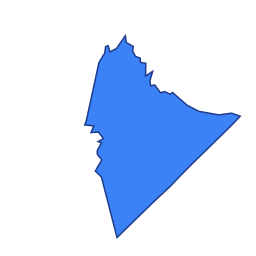 McCreary, Kentucky, United States of America, rotated 314°
{"feature_id": "52423323B49064282792865", "entity_name": "McCreary", "entity_type": "district", "adm_level": 2, "iso_a3": "USA", "parent_name": "United States of America", "parent_adm1": "Kentucky", "projection": "mercator", "projection_center": [-84.43, 36.777], "detail": "fine", "context": "isolated", "style": "filled", "palette": "blue", "viewbox_px": 256, "rotation_deg": 314, "n_neighbors": 0, "source": "geoboundaries", "source_scale": "gbopen_adm2", "svg_char_len": 732}
<svg xmlns="http://www.w3.org/2000/svg" viewBox="0 0 256 256"><g transform="rotate(314 128 128)"><path d="M41.6,196.2L89.7,197.6L115.4,198.9L128.9,198.8L146.8,199.0L200.7,200.6L203.7,200.6L214.4,200.5L210.6,192.2L200.5,184.2L189.2,167.4L185.4,154.6L184.5,135.4L181.5,134.8L179.8,129.3L175.9,126.8L177.5,117.4L174.1,114.9L177.4,110.8L185.8,106.4L177.6,104.5L186.9,95.9L183.8,91.3L186.7,88.3L184.7,83.6L186.6,77.9L190.3,75.2L188.3,67.4L192.4,62.0L177.2,64.5L170.2,62.2L173.4,56.7L170.9,55.4L165.8,59.2L155.0,61.6L104.4,92.9L100.1,94.7L105.7,101.9L99.0,104.6L104.5,109.5L103.3,117.8L97.5,115.9L98.7,119.3L90.4,121.6L87.8,124.2L86.8,131.3L74.3,134.4L74.3,142.9L41.6,196.2Z" fill="#3b82f6" stroke="#1e3a8a" stroke-width="1.5"/></g></svg>